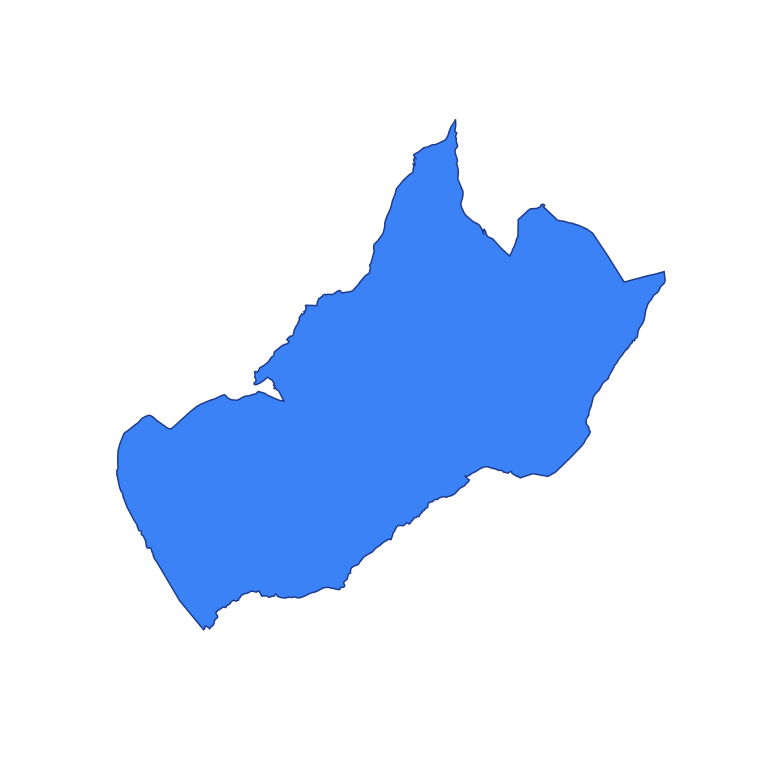 Roesti, Vâlcea, Romania (Albers equal-area conic projection), rotated 54°
{"feature_id": "2599482B88399250652350", "entity_name": "Roesti", "entity_type": "district", "adm_level": 2, "iso_a3": "ROU", "parent_name": "Romania", "parent_adm1": "Vâlcea", "projection": "albers", "projection_center": [24.073, 44.917], "detail": "fine", "context": "isolated", "style": "filled", "palette": "blue", "viewbox_px": 768, "rotation_deg": 54, "n_neighbors": 0, "source": "geoboundaries", "source_scale": "gbopen_adm2", "svg_char_len": 6165}
<svg xmlns="http://www.w3.org/2000/svg" viewBox="0 0 768 768"><g transform="rotate(54 384 384)"><path d="M476.8,674.4L476.5,672.8L474.7,671.0L475.2,670.2L476.4,669.7L479.5,668.9L478.7,666.2L478.9,664.6L478.2,662.9L475.1,659.1L475.3,656.9L474.8,655.6L473.4,655.0L470.5,654.9L470.2,654.5L469.6,651.4L469.9,645.4L470.5,644.4L471.8,643.6L471.8,643.0L470.8,641.8L471.3,639.7L471.1,637.4L470.4,635.9L470.3,633.9L470.7,632.8L472.6,631.4L473.4,628.7L472.4,627.6L472.3,626.2L471.2,624.1L471.5,620.6L473.1,616.9L473.4,613.4L474.7,611.8L477.3,609.7L477.7,607.5L478.1,606.9L483.8,607.5L486.4,603.4L488.5,602.7L489.4,601.5L489.9,599.3L490.9,597.9L491.0,597.3L490.2,595.4L491.0,594.8L493.5,594.8L496.2,592.9L499.4,589.5L499.8,587.2L502.6,584.0L503.6,581.5L506.1,579.7L507.3,578.1L508.6,574.3L510.2,565.7L512.1,561.0L513.4,552.5L515.5,548.9L524.0,541.3L524.2,540.6L523.4,539.3L523.4,538.1L524.7,535.9L524.4,534.7L523.9,534.2L521.5,533.7L520.5,532.5L520.3,528.7L517.0,524.8L516.9,524.2L517.3,522.7L517.0,522.0L514.9,520.4L513.7,518.7L513.6,515.7L514.9,511.0L513.7,507.9L512.2,502.3L512.2,499.4L513.0,491.9L511.9,487.3L512.2,481.1L511.9,480.1L511.8,476.0L512.3,472.6L512.1,471.7L512.5,470.9L513.7,470.4L514.0,469.6L509.6,463.7L509.2,461.8L508.3,460.6L506.9,457.3L506.9,456.1L507.4,454.8L510.1,451.5L509.7,447.8L509.9,447.2L510.6,446.4L512.1,445.9L512.2,445.5L511.1,442.1L511.0,440.6L510.0,438.1L510.8,436.8L510.7,435.3L511.6,433.9L511.7,433.1L510.7,431.7L510.4,429.3L509.6,427.6L509.9,425.3L509.1,423.9L509.5,421.2L507.2,419.3L506.4,416.8L507.8,413.6L507.3,412.0L507.4,410.6L508.8,408.8L508.7,407.2L508.9,404.9L509.7,403.8L509.8,402.4L510.6,401.3L512.4,400.2L512.7,398.1L514.0,395.0L514.4,391.2L513.1,384.7L513.0,383.0L513.7,378.7L513.0,376.4L512.6,372.8L511.7,371.4L509.2,372.2L506.3,372.5L507.4,371.2L508.0,369.2L508.0,364.6L508.8,361.3L509.1,355.1L510.1,351.6L510.7,350.2L512.3,348.5L516.1,345.8L518.4,343.6L521.3,342.0L523.1,339.5L525.9,338.9L527.1,337.5L528.9,336.3L529.2,332.7L530.0,332.4L531.3,332.9L533.7,332.2L537.0,330.6L536.8,330.2L540.0,329.0L544.0,316.3L555.1,305.7L556.1,297.0L552.9,274.8L550.2,260.0L549.0,256.4L547.4,253.4L545.5,247.6L543.9,245.2L541.3,244.9L540.2,244.1L538.6,243.7L535.0,243.9L534.6,243.2L533.3,242.7L531.4,241.1L529.5,236.6L527.0,234.5L523.9,229.8L517.6,222.3L516.2,218.7L515.3,213.5L512.4,207.5L511.6,204.8L511.5,199.5L509.6,197.0L505.5,187.9L504.6,186.7L503.7,183.4L501.3,177.9L501.0,175.8L498.7,169.0L498.6,168.2L498.9,167.5L498.1,166.6L498.6,165.7L497.8,164.6L497.8,163.6L496.8,162.0L496.5,159.0L494.9,157.5L496.3,155.9L494.7,153.9L495.1,152.2L494.7,151.2L490.5,147.3L488.7,144.1L486.9,139.0L485.4,136.5L483.5,134.2L479.0,129.8L474.8,124.2L473.5,121.3L472.7,117.7L470.7,113.8L470.8,109.2L469.7,106.1L467.9,103.1L467.1,98.0L466.1,96.4L464.8,95.3L457.7,91.3L454.8,99.4L451.3,107.3L442.7,129.8L410.9,127.6L384.5,126.6L377.7,128.9L370.2,133.2L364.1,137.7L362.4,139.5L357.2,143.5L356.1,145.2L352.5,147.9L351.3,147.7L334.3,150.9L334.0,149.1L332.9,149.1L332.0,149.8L331.6,150.3L331.5,151.9L332.5,153.2L331.8,157.1L328.4,162.5L328.3,163.7L328.3,166.5L328.6,167.1L329.9,178.8L343.5,189.0L344.4,191.2L348.4,196.2L350.8,200.9L352.1,202.6L354.3,207.2L343.0,209.4L330.3,210.8L326.2,213.3L323.8,213.5L320.2,212.2L317.8,212.0L317.7,213.0L321.8,215.5L317.1,213.9L312.0,213.4L308.8,214.3L307.5,215.3L304.1,216.7L296.6,218.5L293.7,218.8L286.2,217.3L283.4,216.1L279.3,210.8L276.9,208.5L274.5,206.9L261.6,203.8L255.6,198.8L250.7,196.4L247.8,195.5L247.5,194.3L246.2,193.1L238.3,190.4L236.1,188.5L235.2,185.1L234.1,184.2L230.6,183.2L227.2,180.9L225.7,180.7L223.7,177.6L221.2,178.2L217.0,174.0L211.9,170.5L213.9,174.2L215.2,178.4L217.7,182.5L220.5,186.0L222.6,190.5L221.4,198.1L220.4,202.1L218.8,204.5L217.9,209.1L216.2,213.3L216.6,219.6L216.0,223.8L216.2,225.5L220.2,225.6L219.1,226.6L219.6,227.0L219.9,228.0L220.5,228.4L221.0,228.2L221.8,229.1L223.9,229.1L224.3,230.0L223.1,231.1L223.9,231.4L225.1,231.0L225.0,231.5L226.5,233.3L229.4,235.8L229.8,238.4L229.5,240.1L230.5,248.2L233.4,259.3L237.2,263.8L240.6,269.3L245.8,275.4L250.3,283.5L253.7,288.2L257.0,290.8L261.4,295.9L263.9,303.0L264.6,305.6L265.1,309.3L265.9,310.8L267.9,312.5L270.7,313.8L278.2,323.1L279.7,325.9L282.1,326.8L285.6,330.8L285.4,335.3L287.6,344.4L288.0,344.5L290.2,354.6L289.1,357.8L285.5,364.4L285.0,364.8L283.1,364.6L282.2,365.0L281.6,366.9L281.5,371.8L281.2,373.3L278.2,377.0L277.9,378.5L276.7,379.1L276.3,381.0L276.3,381.6L276.9,382.3L276.7,383.9L276.9,385.2L276.6,386.6L278.7,389.9L281.1,392.3L275.8,399.0L275.9,399.6L274.8,400.2L274.3,401.3L277.2,402.7L278.2,403.7L278.4,406.5L279.7,406.4L280.1,407.2L279.7,409.3L279.0,409.3L280.5,413.5L282.5,415.0L284.9,419.2L285.9,421.9L288.1,425.5L291.2,428.8L291.2,429.9L290.2,431.8L290.6,435.3L291.1,436.6L293.5,435.8L294.0,435.8L294.2,436.3L294.5,439.3L293.6,441.0L293.1,444.0L293.5,452.9L293.8,454.0L295.6,455.9L296.6,457.8L296.1,459.2L298.0,464.3L298.5,469.5L297.9,474.7L300.0,479.2L298.2,480.8L298.2,481.7L301.2,483.1L302.5,484.6L304.6,484.7L305.8,485.4L306.7,486.4L307.0,488.7L307.8,489.2L308.8,488.7L309.4,487.8L310.3,483.9L310.5,478.9L310.0,474.6L310.7,474.0L313.9,472.9L314.4,472.3L319.5,472.6L320.0,474.1L321.9,473.5L322.5,475.2L323.2,475.6L324.6,473.9L325.6,474.0L328.0,473.2L339.2,475.1L334.8,478.9L324.5,484.9L321.6,485.9L316.2,490.0L316.5,493.8L315.0,497.0L315.0,498.2L312.2,503.8L311.7,505.7L311.3,510.4L310.6,512.7L306.9,516.9L303.4,518.6L299.1,519.2L298.6,520.2L297.9,522.1L296.8,528.6L294.8,534.9L292.6,544.4L292.4,547.5L292.1,548.1L292.6,557.6L295.0,579.5L295.0,583.0L294.0,584.1L291.5,585.4L279.4,589.4L274.9,590.3L271.9,591.7L271.1,592.8L270.4,594.6L269.5,599.9L270.9,605.9L270.7,608.6L271.2,619.5L271.0,622.2L271.3,623.5L277.0,632.6L281.6,638.3L289.9,644.8L296.0,648.8L297.2,651.4L298.8,651.8L299.3,652.9L312.3,658.7L316.3,659.8L318.3,659.6L321.7,661.3L332.7,664.2L346.7,666.2L353.3,666.6L354.1,667.3L358.2,668.4L358.9,668.2L360.0,666.8L360.4,666.9L361.4,667.2L362.7,668.7L363.4,668.8L364.9,668.0L370.6,669.0L376.1,671.9L377.5,671.8L378.2,671.3L378.8,670.0L380.0,669.0L383.5,670.4L385.9,670.4L386.8,671.6L388.1,671.5L389.9,672.4L394.5,672.4L439.0,676.7L476.8,674.4Z" fill="#3b82f6" stroke="#1e3a8a" stroke-width="1.5"/></g></svg>